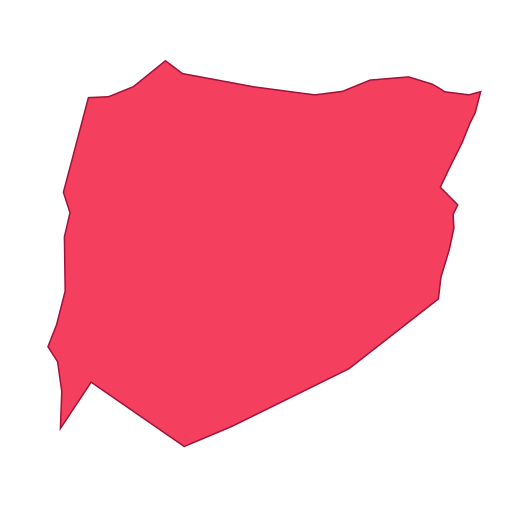 the district of Barh-El-Gazel Ouest, Barh El Gazel, Chad, rotated 98°
{"feature_id": "50815135B59767652467514", "entity_name": "Barh-El-Gazel Ouest", "entity_type": "district", "adm_level": 2, "iso_a3": "TCD", "parent_name": "Chad", "parent_adm1": "Barh El Gazel", "projection": "orthographic", "projection_center": [16.14, 13.385], "detail": "fine", "context": "isolated", "style": "filled", "palette": "rose", "viewbox_px": 512, "rotation_deg": 98, "n_neighbors": 0, "source": "geoboundaries", "source_scale": "gbopen_adm2", "svg_char_len": 633}
<svg xmlns="http://www.w3.org/2000/svg" viewBox="0 0 512 512"><g transform="rotate(98 256 256)"><path d="M181.5,451.0L219.7,455.6L239.0,446.2L263.7,448.4L317.3,440.1L351.7,443.9L374.8,449.4L388.2,437.8L417.1,429.5L454.1,425.7L403.9,401.7L454.6,300.6L428.1,256.2L354.7,148.3L273.1,69.4L251.2,69.9L222.8,65.5L200.9,63.9L187.5,66.6L177.3,63.3L162.3,83.1L139.8,76.0L115.2,67.7L94.9,62.7L83.7,58.9L62.0,56.4L66.8,67.7L67.1,92.0L64.4,97.7L61.3,105.5L57.4,129.9L65.9,167.4L80.9,193.3L88.3,220.3L88.8,281.4L85.6,354.2L75.3,372.9L105.4,401.0L118.8,424.2L122.5,444.0L181.5,451.0Z" fill="#f43f5e" stroke="#9f1239" stroke-width="1.5"/></g></svg>